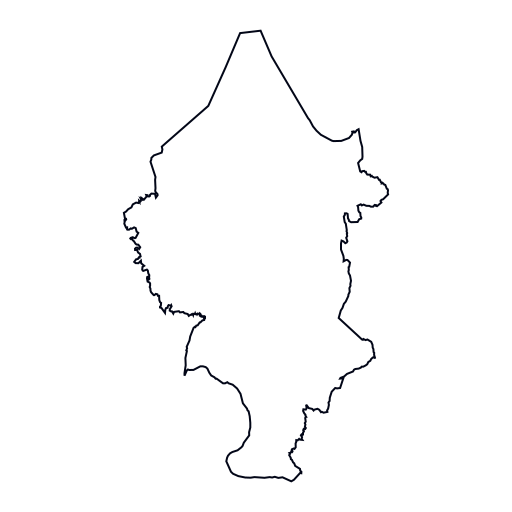 Mpulungu, Northern, Zambia
{"feature_id": "96606910B10449137451116", "entity_name": "Mpulungu", "entity_type": "district", "adm_level": 2, "iso_a3": "ZMB", "parent_name": "Zambia", "parent_adm1": "Northern", "projection": "equal_earth", "projection_center": [30.995, -8.984], "detail": "fine", "context": "isolated", "style": "outline", "palette": "ink", "viewbox_px": 512, "rotation_deg": 0, "n_neighbors": 0, "source": "geoboundaries", "source_scale": "gbopen_adm2", "svg_char_len": 6123}
<svg xmlns="http://www.w3.org/2000/svg" viewBox="0 0 512 512"><path d="M301.3,473.2L301.4,471.8L300.2,470.6L300.0,468.9L295.2,465.9L294.2,463.3L293.1,462.4L291.9,459.8L290.9,459.2L290.7,457.7L289.2,455.1L290.0,453.9L289.4,453.0L290.6,452.7L291.2,451.7L292.1,452.1L292.5,451.5L292.3,450.7L291.6,450.5L291.9,449.3L293.7,448.5L294.5,448.9L295.7,447.3L295.6,443.3L296.1,442.4L296.3,440.1L297.6,440.4L299.1,438.9L299.8,439.6L302.4,439.9L301.6,438.7L302.1,437.1L300.9,435.3L301.5,434.5L302.1,435.1L303.0,434.6L303.0,432.7L303.7,431.7L303.4,430.9L303.8,430.8L303.4,429.4L304.0,428.7L305.2,429.0L305.8,428.0L304.9,426.8L305.4,424.5L304.8,423.1L305.7,421.7L305.2,418.0L305.7,417.0L306.2,416.9L305.4,415.5L305.4,414.6L304.3,413.4L303.1,410.9L303.4,409.3L305.8,409.6L306.6,408.3L306.2,405.5L306.7,405.3L308.8,408.1L312.2,408.9L313.6,410.5L314.2,409.7L317.5,408.8L319.3,409.8L321.0,412.2L321.8,411.8L323.6,412.7L327.4,411.9L327.1,410.4L328.1,408.7L328.9,404.9L328.5,402.5L329.6,401.0L329.8,397.7L331.7,391.7L335.2,388.0L337.1,388.4L340.1,388.0L343.3,378.3L340.1,378.6L340.5,377.9L344.1,376.5L347.0,373.9L353.0,371.5L354.0,369.7L355.3,369.0L358.7,368.6L360.9,367.6L361.6,366.7L363.2,366.7L365.7,365.4L367.2,364.3L368.3,362.0L370.3,360.8L371.1,359.1L372.7,357.6L373.2,357.3L374.7,357.9L374.9,357.9L375.0,357.8L374.1,354.9L374.2,352.8L373.6,352.1L373.4,349.1L372.7,347.6L372.5,344.8L371.2,341.8L367.4,339.5L365.6,340.1L363.4,339.0L362.9,339.8L362.1,339.6L338.7,318.0L340.8,310.5L342.5,307.9L343.9,303.8L345.7,301.7L348.3,296.1L348.4,294.6L349.7,291.8L349.4,288.1L350.5,285.8L350.3,284.1L351.0,280.8L350.0,275.5L348.8,273.4L348.4,271.3L348.8,270.0L348.6,267.2L349.2,266.8L350.0,262.6L347.5,260.0L346.2,259.9L343.6,261.3L343.8,258.8L343.4,255.9L341.0,249.5L341.0,243.5L341.6,240.6L343.5,241.4L345.3,243.2L346.7,242.5L347.4,241.3L346.2,237.8L347.2,236.1L346.8,233.8L347.2,233.1L346.5,231.1L346.8,230.2L345.8,223.7L344.7,222.1L343.8,216.5L344.8,215.0L344.9,213.4L346.5,213.3L347.6,213.9L348.0,218.4L348.8,219.7L349.1,221.1L351.1,222.2L357.6,222.0L359.2,219.2L361.2,218.6L361.3,217.6L360.5,216.0L360.3,212.9L359.3,212.3L358.4,210.7L358.1,207.2L357.5,205.8L360.8,204.3L361.8,205.4L363.6,204.6L366.3,205.8L369.4,205.9L370.9,206.7L373.1,206.7L374.7,204.9L375.9,205.1L375.8,205.8L377.0,206.2L381.4,202.5L380.5,201.0L381.5,199.8L383.1,199.3L388.1,194.4L387.7,192.9L388.0,190.3L387.7,189.2L386.8,188.7L385.3,184.9L384.2,184.6L383.2,183.3L381.7,183.5L381.9,182.5L380.9,182.2L379.8,179.8L379.1,179.9L377.4,177.2L374.5,177.7L372.1,176.5L371.8,175.9L370.7,176.3L370.2,174.7L367.3,174.6L366.3,173.3L365.9,171.8L365.0,171.8L364.2,170.9L362.1,171.2L361.5,172.2L360.2,171.4L358.1,163.0L360.2,160.4L362.2,158.9L362.5,156.7L362.2,147.0L360.5,140.9L358.6,129.2L356.9,130.1L355.1,132.4L354.2,132.5L353.8,131.4L352.2,131.7L352.5,132.5L351.9,134.7L349.0,138.0L341.3,140.9L333.5,141.1L331.9,140.7L320.9,134.8L316.5,130.7L313.0,126.4L309.7,120.2L308.0,118.1L271.6,56.4L260.6,30.7L240.1,33.1L225.7,67.1L208.3,105.9L161.8,146.6L162.4,149.5L161.7,152.6L153.9,155.4L151.4,157.9L151.3,159.6L150.5,161.7L155.5,177.0L155.1,179.8L155.5,188.2L155.2,190.9L155.6,192.0L157.5,194.1L157.6,195.3L155.9,197.6L155.0,193.8L151.4,193.6L150.0,194.9L149.9,196.0L149.2,196.5L147.8,196.4L147.6,195.2L146.2,195.0L146.6,196.0L146.4,196.7L143.8,199.8L142.4,199.3L142.7,198.8L141.6,198.0L141.8,199.3L140.8,198.7L141.2,199.5L140.7,201.2L140.2,201.7L139.2,200.8L139.4,202.4L138.9,201.9L138.3,203.0L136.1,202.6L132.8,204.4L131.4,207.4L128.2,209.2L126.0,211.6L123.9,212.8L124.9,218.2L126.0,218.7L126.2,219.4L125.3,220.6L124.4,219.2L124.6,222.2L124.3,223.7L126.0,227.6L127.1,227.4L127.1,229.5L127.5,229.7L129.0,229.7L130.8,228.4L131.8,228.8L134.1,227.4L135.7,228.1L136.6,231.6L138.3,232.9L135.6,237.9L134.8,238.2L132.7,237.2L130.7,237.9L130.3,238.5L130.9,239.1L132.2,238.6L132.6,240.1L134.0,241.3L135.5,243.7L136.5,244.5L138.3,244.7L140.2,247.2L139.1,249.0L137.4,247.6L136.1,247.7L135.0,248.7L135.1,250.0L137.0,249.9L138.1,252.5L140.0,253.9L140.6,256.4L139.2,257.1L139.4,257.7L138.5,257.9L137.9,259.0L136.1,259.3L134.2,261.9L135.6,263.1L138.4,263.2L140.9,260.7L141.2,263.3L144.2,265.8L142.5,266.9L142.2,269.5L142.6,270.4L143.2,270.9L146.9,269.6L147.8,270.5L148.3,273.4L149.3,275.1L149.1,277.9L149.4,278.9L148.9,279.4L148.1,278.4L147.9,276.7L147.2,277.0L147.0,278.5L147.6,281.6L149.5,282.5L150.1,283.4L150.1,285.8L149.7,287.0L150.4,288.6L150.5,290.6L151.1,292.2L153.7,295.1L154.4,295.1L155.8,293.9L157.4,294.3L157.9,295.8L159.1,295.8L159.3,300.1L160.1,302.2L161.1,302.9L160.8,305.9L160.0,306.7L160.0,307.5L161.5,308.0L165.0,312.9L165.3,309.8L166.0,308.1L167.6,307.8L167.8,306.3L168.6,305.1L170.9,305.7L171.2,305.2L171.6,306.3L169.9,309.0L169.7,310.6L171.0,311.4L171.9,311.3L173.3,313.6L174.0,311.9L178.9,311.2L180.0,312.4L183.3,312.0L184.4,313.2L187.7,314.0L188.8,315.9L190.4,314.8L191.4,314.8L191.9,314.1L192.7,314.2L193.1,315.0L193.3,313.8L194.8,314.1L195.1,313.4L195.3,314.0L196.1,314.3L197.0,313.8L197.2,314.3L197.7,313.6L198.9,314.0L199.4,313.5L199.6,314.1L200.0,313.6L200.5,314.1L200.8,315.0L200.4,315.4L200.9,315.5L200.5,316.2L201.4,316.7L202.0,316.4L202.9,316.9L203.1,316.2L204.3,316.2L204.3,316.8L205.0,316.9L205.0,317.7L204.6,317.6L204.1,318.6L204.5,319.0L204.2,320.0L202.4,320.4L200.4,322.4L199.7,322.4L197.7,325.3L196.3,325.6L195.4,327.1L194.9,326.8L193.6,327.8L190.2,336.5L189.5,340.5L186.7,346.8L187.1,348.3L186.3,350.4L186.9,351.0L185.4,358.0L185.7,365.3L184.5,373.1L184.5,375.7L186.8,370.5L187.9,369.5L189.3,370.0L193.5,369.9L200.4,366.3L202.8,366.3L205.7,367.1L207.4,368.6L209.3,372.7L211.2,375.5L214.5,377.3L215.6,378.7L216.5,378.6L223.0,383.3L225.1,383.3L227.3,382.2L228.6,383.3L232.7,384.7L237.1,388.5L240.5,393.8L242.9,403.3L247.0,408.6L247.5,410.3L248.6,411.3L249.7,416.2L250.3,422.8L250.3,427.5L249.1,432.2L249.2,435.4L243.8,442.7L242.6,445.9L241.4,447.3L237.6,450.3L232.4,452.0L230.1,453.3L228.0,455.7L227.1,457.7L226.3,461.3L231.0,471.8L233.1,473.8L238.3,476.1L245.2,477.5L250.6,477.7L254.4,477.1L264.5,477.8L269.7,477.1L272.1,477.5L274.8,476.8L278.3,477.9L282.5,477.3L291.3,481.3L293.9,479.8L300.2,472.9L301.3,473.2Z" fill="none" stroke="#020617" stroke-width="2"/></svg>